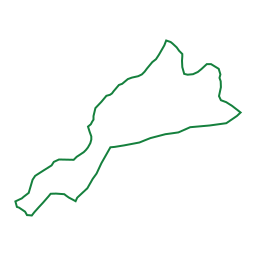 the district of Oke Ero, Kwara, Nigeria
{"feature_id": "59680162B41605859942250", "entity_name": "Oke Ero", "entity_type": "district", "adm_level": 2, "iso_a3": "NGA", "parent_name": "Nigeria", "parent_adm1": "Kwara", "projection": "mercator", "projection_center": [5.236, 8.179], "detail": "fine", "context": "isolated", "style": "outline", "palette": "green", "viewbox_px": 256, "rotation_deg": 0, "n_neighbors": 0, "source": "geoboundaries", "source_scale": "gbopen_adm2", "svg_char_len": 1368}
<svg xmlns="http://www.w3.org/2000/svg" viewBox="0 0 256 256"><path d="M16.9,206.9L19.0,207.6L25.1,211.7L27.0,215.1L28.9,215.2L31.8,215.5L33.4,213.4L34.6,211.9L39.0,207.0L43.0,202.7L48.5,196.4L50.6,193.8L52.5,193.7L56.1,193.6L64.3,194.2L65.7,195.3L66.2,195.7L68.9,197.6L72.5,199.5L75.6,201.2L77.2,197.7L87.4,188.2L92.7,178.9L96.6,173.5L101.4,163.2L110.4,147.3L114.7,146.9L124.0,145.4L139.4,142.5L145.6,140.0L150.4,138.1L165.4,134.2L171.4,133.4L178.4,132.4L190.2,127.2L209.5,125.5L226.3,123.2L237.0,115.9L240.6,112.5L232.1,105.9L226.9,102.6L226.3,102.2L220.9,100.2L219.0,96.1L220.9,87.2L220.7,81.3L219.5,77.9L220.4,74.4L218.7,68.8L211.0,64.1L206.8,64.1L201.5,69.0L197.8,72.0L193.0,74.2L187.6,74.7L184.2,73.9L182.3,67.1L182.0,60.7L182.3,56.5L182.3,54.0L179.1,50.8L176.7,47.4L172.5,43.5L170.6,42.0L166.2,40.5L164.3,45.4L158.9,54.8L156.0,59.2L152.3,62.1L147.0,68.5L144.6,71.7L141.9,74.4L138.2,76.2L131.9,77.6L127.8,79.1L122.2,83.8L118.9,85.0L113.7,91.1L112.0,93.4L110.0,94.8L106.4,95.8L101.4,101.8L97.4,106.0L95.4,108.1L93.5,116.1L93.5,119.6L92.2,121.6L90.8,124.3L88.0,126.6L89.6,131.7L91.3,136.4L91.3,139.6L90.3,143.2L87.9,147.5L86.0,149.9L83.8,152.1L79.3,155.1L76.7,156.8L73.7,159.8L59.0,159.5L53.8,161.9L51.6,165.4L43.8,170.3L35.2,175.8L32.6,179.7L28.7,192.9L23.5,196.9L21.8,198.4L19.8,199.3L15.4,201.4L16.9,206.9Z" fill="none" stroke="#15803d" stroke-width="2"/></svg>